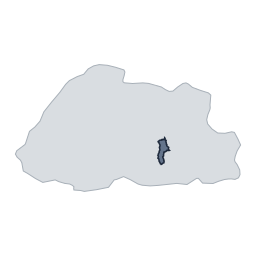 location of Shingkhar, Shemgang, Bhutan
{"feature_id": "84629894B47600985586733", "entity_name": "Shingkhar", "entity_type": "district", "adm_level": 2, "iso_a3": "BTN", "parent_name": "Bhutan", "parent_adm1": "Shemgang", "projection": "robinson", "projection_center": [90.924, 27.213], "detail": "fine", "context": "in_parent", "style": "filled", "palette": "slate", "viewbox_px": 256, "rotation_deg": 0, "n_neighbors": 0, "source": "geoboundaries", "source_scale": "gbopen_adm2", "svg_char_len": 4844}
<svg xmlns="http://www.w3.org/2000/svg" viewBox="0 0 256 256"><path d="M210.2,108.0L209.8,109.8L207.9,114.5L206.7,119.7L207.7,124.0L212.0,129.0L217.7,133.0L225.0,133.3L231.7,131.8L234.4,132.4L238.0,139.2L240.6,145.0L237.1,151.0L235.2,156.3L234.5,160.0L235.0,161.7L237.2,164.7L239.7,169.9L240.0,174.6L238.5,177.8L235.0,179.4L231.3,178.9L228.3,179.0L224.5,179.5L218.5,181.3L213.0,183.5L202.6,183.1L198.4,178.4L196.5,178.4L187.0,184.5L176.7,183.4L158.0,185.4L150.1,185.9L142.1,185.2L138.0,184.0L130.4,179.7L123.6,176.6L116.6,179.4L114.2,179.9L108.5,187.3L96.4,189.7L84.3,191.4L80.7,190.5L73.9,190.0L73.7,188.3L73.9,186.7L72.3,185.3L69.6,184.0L64.8,183.4L58.7,181.6L55.2,179.9L42.8,182.4L35.6,178.6L27.4,173.3L23.3,171.0L21.8,162.7L20.4,160.1L17.2,157.3L15.4,154.1L16.8,150.7L25.0,144.5L25.7,143.0L29.5,131.3L34.8,127.1L40.0,121.2L43.9,111.8L51.5,102.2L59.8,92.4L65.6,84.4L69.4,80.6L77.2,76.6L83.7,74.3L88.2,68.9L93.6,65.9L99.2,64.6L107.5,65.3L115.3,67.2L123.9,69.9L124.9,72.0L124.1,75.8L122.9,79.7L122.9,81.7L124.2,82.8L132.5,83.5L142.8,82.9L148.6,83.4L161.4,87.0L165.2,89.5L169.1,91.4L172.9,91.1L177.7,87.0L182.9,83.5L186.0,82.9L188.3,84.0L192.4,87.4L200.8,90.5L208.4,92.9L210.8,95.1L210.0,104.8L210.2,108.0Z" fill="#d9dde1" stroke="#a8b0b8" stroke-width="1"/><path d="M169.5,150.4L169.3,150.2L169.0,149.9L168.8,149.7L168.7,149.6L168.6,149.4L168.5,149.5L168.4,149.4L168.4,149.2L168.5,149.0L168.4,148.7L168.5,148.5L168.5,148.4L168.5,148.1L168.6,147.7L168.7,147.4L168.3,147.2L168.0,146.8L167.7,146.6L167.5,146.4L167.4,146.3L167.2,146.2L166.9,146.0L166.8,145.8L166.7,145.7L166.7,145.4L166.8,145.1L166.9,144.7L166.6,144.5L166.5,144.3L166.4,144.3L166.3,144.2L166.4,143.9L166.4,143.6L166.4,143.3L166.4,143.2L166.3,142.9L166.1,142.8L166.0,142.7L166.1,142.2L166.0,141.9L165.9,141.6L166.0,141.4L166.0,141.2L165.9,141.1L165.9,140.8L166.0,140.8L166.1,140.5L165.8,140.5L165.7,140.4L165.3,140.4L165.2,140.2L165.1,139.8L165.2,139.6L165.2,139.4L165.1,139.0L165.1,138.8L165.1,138.7L165.1,138.4L164.9,138.1L164.8,137.9L164.7,137.8L164.7,138.0L164.7,138.4L164.6,138.5L164.5,138.8L164.4,139.1L164.2,139.2L163.8,139.2L163.7,139.2L163.6,139.3L163.5,139.5L163.4,139.6L163.2,139.7L162.9,139.6L162.7,139.7L162.6,139.4L162.4,139.4L162.2,139.4L161.8,139.5L161.7,139.7L161.6,139.8L161.6,140.0L161.4,140.2L161.2,140.2L160.9,140.2L160.4,140.1L160.0,140.2L159.9,140.2L159.8,140.3L159.6,140.4L159.5,140.5L159.4,140.5L159.2,140.7L159.0,140.8L158.9,140.9L158.9,141.0L158.7,141.2L158.6,141.3L158.3,141.4L158.2,141.4L158.1,141.5L158.1,141.8L158.3,142.1L158.5,142.2L158.6,142.3L158.8,142.4L158.9,142.5L159.1,143.0L159.1,143.4L159.2,143.6L159.3,143.7L159.4,143.9L159.5,144.0L159.7,144.3L159.8,144.4L159.8,144.5L159.9,144.8L159.9,145.1L160.0,145.2L160.0,145.3L160.0,145.5L160.0,145.8L159.9,146.0L159.9,146.3L159.7,146.6L159.7,146.8L159.7,147.0L159.6,147.3L159.5,147.5L159.4,147.5L159.4,147.8L159.5,147.9L159.6,148.1L159.7,148.6L159.8,149.1L159.8,149.3L159.9,149.5L159.9,150.0L159.8,150.3L159.7,150.5L159.4,150.8L159.3,151.0L159.2,151.1L159.1,151.4L159.2,151.6L159.3,152.0L159.3,152.3L159.2,152.4L159.1,152.6L158.9,152.8L158.8,153.1L158.7,153.2L158.6,153.3L158.5,153.5L158.4,153.6L158.4,153.9L158.3,154.3L158.3,154.5L158.2,154.8L158.1,155.0L157.9,155.2L158.1,155.4L158.1,155.6L158.2,155.8L158.3,156.0L158.4,156.3L158.4,156.5L158.4,156.8L158.2,157.0L158.1,157.3L158.1,157.8L157.9,158.2L158.0,158.3L158.2,158.5L158.4,158.4L158.5,158.5L158.7,158.8L158.8,158.9L158.8,159.1L158.9,159.4L158.9,159.6L158.9,159.8L159.0,160.1L159.0,160.3L159.0,160.5L159.1,160.8L159.2,161.0L159.1,161.3L159.2,161.5L159.4,161.6L159.5,161.8L159.7,162.0L159.8,162.2L159.7,162.3L159.8,162.5L159.9,162.8L160.0,162.9L160.1,163.0L160.3,163.2L160.3,163.4L160.4,163.6L160.4,163.8L160.5,163.9L160.8,164.0L161.0,164.1L161.3,164.1L161.5,164.2L161.5,164.3L162.0,164.1L162.1,163.8L162.1,163.7L162.3,163.6L162.5,163.4L162.7,163.2L162.8,163.2L163.0,163.1L163.3,163.0L163.5,162.9L163.8,162.9L163.9,162.6L163.9,162.3L163.9,162.2L164.0,162.1L164.1,161.8L164.1,161.7L164.1,161.4L164.0,161.2L163.9,161.1L163.8,160.8L163.9,160.7L164.0,160.5L164.0,160.4L163.9,160.4L163.7,160.3L163.7,160.2L163.7,159.7L163.6,159.4L163.5,159.0L163.5,158.9L163.4,158.7L163.4,158.4L163.2,158.2L163.0,157.9L163.0,157.7L162.9,157.5L162.9,157.4L162.8,157.2L162.7,156.9L162.8,156.6L163.0,156.4L163.4,156.2L163.6,156.0L163.6,155.9L163.5,155.7L163.6,155.4L163.5,155.0L163.5,154.8L163.5,154.7L163.5,154.4L163.6,154.2L163.8,153.9L163.8,153.7L163.8,153.3L163.8,153.1L163.9,152.8L163.8,152.7L163.8,152.4L163.8,152.2L164.0,152.2L164.3,152.1L164.6,152.1L164.8,152.0L164.8,151.9L165.0,151.9L165.3,151.7L165.7,151.6L165.8,151.4L166.1,151.3L166.1,151.2L166.4,150.8L166.5,150.7L166.7,150.4L166.8,150.3L167.1,150.3L167.3,150.5L167.5,150.6L168.0,150.5L168.4,150.5L168.6,150.5L168.9,150.5L169.1,150.5L169.5,150.4Z" fill="#64748b" stroke="#1e293b" stroke-width="1.5"/></svg>